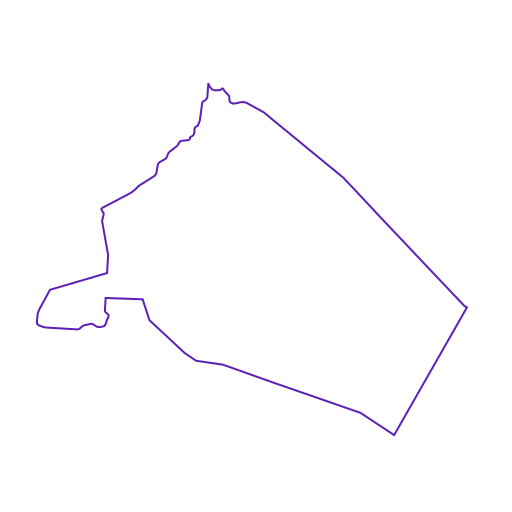 an SVG outline of Kanem, rotated 94°
{"feature_id": "TCD-1465", "entity_name": "Kanem", "entity_type": "Prefecture", "adm_level": 1, "iso_a3": "TCD", "parent_name": "Chad", "parent_adm1": "", "projection": "albers", "projection_center": [14.708, 15.037], "detail": "fine", "context": "isolated", "style": "outline", "palette": "violet", "viewbox_px": 512, "rotation_deg": 94, "n_neighbors": 0, "source": "natural_earth", "source_scale": "10m", "svg_char_len": 2177}
<svg xmlns="http://www.w3.org/2000/svg" viewBox="0 0 512 512"><g transform="rotate(94 256 256)"><path d="M87.0,315.4L88.8,315.0L92.6,311.9L93.4,309.8L93.6,307.7L92.9,303.3L92.5,302.6L91.3,301.6L91.2,301.0L91.6,300.4L93.8,298.8L97.3,294.9L98.4,294.0L100.7,293.5L102.8,293.3L104.5,292.4L105.5,289.8L105.3,287.4L103.8,282.5L103.4,280.2L103.5,277.7L104.1,275.6L105.8,272.0L109.4,264.2L112.3,258.0L115.5,253.5L118.9,248.9L122.2,244.2L125.5,239.5L128.8,234.9L132.1,230.2L135.4,225.6L138.7,220.9L142.1,216.2L145.4,211.6L148.7,206.9L152.0,202.3L155.3,197.6L158.6,193.0L161.9,188.3L165.2,183.6L168.5,179.0L171.7,174.5L177.7,168.0L184.1,161.0L188.4,156.4L194.6,149.7L200.8,143.0L207.0,136.4L213.2,129.7L219.3,123.0L225.5,116.3L231.6,109.6L237.8,102.9L244.0,96.2L250.1,89.5L256.3,82.8L262.4,76.1L268.6,69.4L274.7,62.7L280.9,56.0L287.0,49.3L290.7,45.3L292.1,43.2L292.5,42.0L294.3,42.8L425.0,105.7L405.2,140.8L381.1,229.9L366.7,281.5L364.7,308.4L357.9,320.2L327.5,357.8L307.1,366.1L308.4,403.1L321.3,402.9L321.9,402.7L322.4,402.3L324.9,399.3L325.3,398.9L325.9,398.9L326.6,398.9L327.9,399.3L330.2,400.2L332.8,400.8L335.2,401.6L335.9,402.0L336.5,402.6L337.0,404.0L337.5,405.7L337.9,408.3L337.9,409.0L337.3,410.5L335.3,414.1L335.1,414.9L335.1,415.7L336.3,419.6L336.6,421.1L337.2,422.7L337.4,423.2L338.5,424.6L340.9,427.0L341.5,428.0L341.7,429.6L342.0,460.6L341.7,463.3L340.3,467.8L338.9,469.7L336.3,470.0L328.3,469.7L324.6,468.5L304.1,459.2L283.4,403.4L265.3,403.6L232.2,411.9L231.3,412.0L225.8,410.9L225.0,410.9L223.7,411.1L221.0,413.1L219.9,413.6L218.8,412.8L201.9,385.5L198.8,381.8L194.4,378.0L193.2,376.5L183.4,363.1L182.6,362.4L181.9,361.9L180.8,361.4L179.5,361.1L172.2,360.4L171.2,360.1L170.0,359.6L168.9,358.4L165.8,353.7L164.5,352.3L159.5,350.6L158.0,349.4L151.5,342.2L147.8,340.2L147.0,339.6L146.6,339.0L146.1,337.3L145.3,332.4L145.1,331.6L144.6,330.7L144.0,330.3L143.3,330.1L142.6,330.2L142.1,329.9L140.2,327.2L139.4,326.7L138.6,326.4L137.3,326.2L133.4,326.1L132.4,325.9L131.8,325.6L131.4,325.1L130.0,323.1L125.0,321.5L106.6,320.3L105.8,319.8L105.1,318.9L104.0,317.3L102.5,316.1L101.2,315.7L99.6,315.6L87.8,315.6L87.0,315.4Z" fill="none" stroke="#5b21b6" stroke-width="2"/></g></svg>